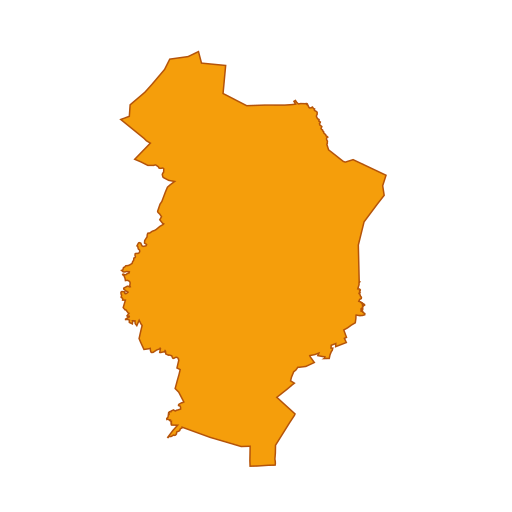 the district of Xalisco, Nayarit, Mexico, rotated 83°
{"feature_id": "50627088B39496804164051", "entity_name": "Xalisco", "entity_type": "district", "adm_level": 2, "iso_a3": "MEX", "parent_name": "Mexico", "parent_adm1": "Nayarit", "projection": "equal_earth", "projection_center": [-104.936, 21.399], "detail": "fine", "context": "isolated", "style": "filled", "palette": "amber", "viewbox_px": 512, "rotation_deg": 83, "n_neighbors": 0, "source": "geoboundaries", "source_scale": "gbopen_adm2", "svg_char_len": 6148}
<svg xmlns="http://www.w3.org/2000/svg" viewBox="0 0 512 512"><g transform="rotate(83 256 256)"><path d="M459.9,262.0L454.0,260.8L446.2,259.7L425.6,243.0L418.9,237.3L417.5,236.5L398.8,252.6L391.9,241.2L388.4,235.9L386.9,233.4L384.1,236.9L380.7,235.6L375.5,232.7L374.1,230.4L371.5,228.0L371.7,227.0L371.7,220.0L368.8,211.1L362.4,214.6L361.4,214.8L361.0,209.6L360.0,205.4L362.4,206.8L363.9,202.2L364.4,199.9L365.9,200.5L366.1,200.9L366.6,195.8L363.1,194.6L360.1,192.9L358.9,191.8L356.8,191.0L356.7,192.0L356.5,192.8L353.8,192.2L352.6,187.5L355.7,188.0L352.9,176.9L348.5,178.3L347.8,176.1L340.1,177.9L338.5,173.9L336.2,169.8L334.4,165.6L330.2,164.5L327.6,164.1L326.8,163.8L327.9,160.2L327.7,160.1L327.9,159.2L328.0,157.6L327.6,155.3L327.3,155.3L327.1,155.1L326.4,155.0L324.8,156.9L324.0,156.7L323.2,157.2L323.0,157.4L323.7,158.0L323.6,158.4L322.6,158.3L322.3,158.1L321.9,158.3L321.1,158.1L320.8,157.7L321.0,157.5L321.5,157.3L321.7,157.1L322.2,156.9L322.0,156.6L321.8,156.5L321.4,156.4L320.5,156.8L319.5,156.0L318.8,156.4L318.5,156.4L318.3,156.1L317.2,156.3L317.0,155.8L317.1,155.6L318.4,155.1L318.2,154.6L317.9,154.1L317.5,154.2L316.7,154.9L316.2,155.8L315.5,156.1L315.2,156.8L315.6,156.9L314.5,157.8L314.3,157.7L313.5,159.5L311.7,158.4L311.1,156.7L310.0,156.4L309.4,156.6L308.4,157.3L307.6,157.3L306.7,157.7L306.3,158.0L305.4,157.4L305.4,158.1L303.2,156.9L303.0,157.4L302.1,156.7L301.4,157.3L301.0,159.0L297.0,157.2L295.2,157.0L294.8,156.6L294.6,156.7L294.3,156.2L294.0,156.7L257.6,153.1L235.3,144.6L219.5,129.5L211.4,121.4L201.7,121.7L191.7,117.1L172.2,147.9L173.7,156.0L172.7,157.9L159.5,171.0L153.7,172.1L153.0,171.5L151.9,171.4L151.4,171.2L150.6,171.1L149.7,171.6L148.8,171.7L148.0,171.7L147.0,171.2L146.7,170.3L146.2,170.6L145.1,172.0L144.2,172.0L142.0,173.8L140.9,173.7L140.1,174.5L139.2,174.5L138.9,174.7L138.5,175.3L137.5,175.9L136.9,175.7L136.2,175.2L135.5,174.9L133.6,176.8L133.1,176.7L132.3,176.9L131.6,176.1L130.9,175.8L130.6,176.1L129.9,177.1L129.6,177.2L128.7,176.8L128.3,176.8L127.8,177.2L127.4,178.1L125.1,179.0L123.9,178.8L122.7,178.0L120.9,177.8L120.1,178.2L118.7,180.1L118.3,180.3L117.9,180.2L117.2,179.9L116.8,180.7L116.4,181.1L115.0,181.8L115.0,182.1L115.6,182.9L115.6,184.8L115.1,185.0L115.0,185.4L112.9,186.0L111.9,187.0L111.6,186.4L111.3,186.5L111.0,186.8L110.8,187.2L110.8,188.8L110.1,193.3L110.2,193.6L110.2,195.5L108.3,197.0L106.4,197.9L107.1,199.5L110.1,198.2L110.1,202.2L109.7,209.4L107.3,228.5L105.7,246.9L90.7,268.9L63.2,262.9L57.9,286.6L46.1,288.2L49.8,299.1L50.1,317.6L59.7,324.0L73.2,338.6L79.9,346.3L90.6,362.5L101.9,364.7L104.0,373.6L125.5,352.9L128.3,350.7L131.1,347.1L145.2,364.6L148.5,358.9L152.9,352.3L153.6,346.7L153.3,344.8L153.6,344.2L155.6,342.0L156.7,341.7L157.2,340.9L157.4,339.7L157.3,338.0L157.6,337.4L158.3,336.9L161.6,337.5L162.1,337.9L162.3,338.4L163.7,339.1L166.2,338.8L166.9,338.3L170.3,333.4L172.1,327.7L175.0,332.7L176.9,335.5L181.2,338.0L190.4,342.8L192.8,344.9L199.6,348.2L200.7,348.0L202.7,346.4L205.5,345.0L208.3,347.1L212.5,344.5L212.7,343.7L213.2,343.9L214.9,347.8L217.6,352.0L218.2,353.4L218.8,356.0L220.3,358.8L220.1,360.4L220.5,360.8L221.8,361.4L223.7,361.8L227.1,364.6L229.6,365.1L231.2,363.2L232.0,363.5L232.5,364.0L232.7,365.8L232.7,366.9L231.9,368.0L229.2,368.8L228.5,370.1L228.6,370.8L229.2,371.4L231.4,372.9L231.5,372.6L232.0,372.2L233.8,372.1L235.0,371.8L235.5,371.1L236.1,370.8L237.5,370.9L238.0,371.2L238.5,371.6L238.9,372.2L239.0,372.8L238.8,374.8L238.9,375.4L239.1,375.7L240.5,376.0L242.0,375.8L242.4,375.9L242.9,376.4L243.0,377.1L243.2,377.5L245.2,377.9L246.7,379.2L248.3,379.9L249.6,382.8L249.9,384.4L249.8,386.4L251.0,387.8L251.3,388.9L253.6,389.9L253.9,391.2L255.5,389.8L255.8,388.8L255.8,387.5L255.6,386.5L256.2,383.6L257.3,383.9L258.0,386.4L258.7,387.3L258.6,388.3L257.7,390.1L258.2,390.6L259.1,390.0L259.6,389.3L261.0,389.1L261.3,388.9L262.1,388.8L262.4,388.7L264.5,388.6L264.4,386.9L265.0,385.6L265.8,384.7L266.6,384.3L267.6,384.2L270.0,384.9L271.2,384.5L271.3,385.1L270.8,386.0L270.4,386.5L270.3,387.4L271.7,391.1L272.2,391.3L272.7,391.3L275.1,389.1L275.3,388.5L275.7,387.9L276.1,387.5L276.4,387.4L277.5,389.4L277.6,390.0L277.5,390.4L276.9,390.9L276.6,390.9L276.4,390.6L276.1,390.6L275.7,390.7L275.4,391.1L275.0,393.0L274.9,393.6L275.2,394.1L275.6,394.5L277.4,394.6L278.3,394.2L278.7,394.2L280.5,394.9L280.8,394.7L281.1,394.2L281.9,393.6L282.5,393.5L283.5,393.8L283.9,391.0L291.0,394.1L293.5,392.5L293.5,391.8L297.1,389.7L297.4,389.1L299.7,391.4L300.4,390.7L300.2,389.3L300.5,389.1L301.2,389.4L301.4,390.4L302.8,393.2L303.2,393.2L303.4,390.8L304.3,389.4L306.2,389.9L306.6,389.7L308.3,387.0L305.9,386.4L305.2,386.6L305.2,386.0L305.6,384.3L305.8,384.5L305.9,384.1L308.4,384.1L310.6,382.8L305.5,379.8L309.3,378.5L311.1,377.5L316.1,379.4L323.7,382.1L327.3,381.1L335.1,378.6L335.0,374.0L334.8,372.2L336.8,372.3L338.5,372.0L338.6,371.8L339.1,371.3L339.1,369.8L337.2,366.1L336.5,363.1L335.8,362.4L336.2,362.1L340.0,363.3L340.2,362.5L339.9,359.5L340.1,358.7L338.8,357.8L339.4,357.4L342.2,357.5L343.8,355.0L343.6,354.7L343.9,353.8L344.7,351.9L347.0,351.2L347.5,350.8L347.6,350.1L346.9,348.5L346.8,347.4L347.1,346.6L347.7,346.0L348.7,345.5L349.3,345.6L349.9,345.3L357.5,348.1L359.5,345.1L364.1,346.8L370.5,349.5L377.7,352.4L381.7,349.3L392.1,345.4L392.6,346.8L392.6,347.7L393.8,350.6L394.5,351.1L395.0,351.1L395.8,349.5L397.2,349.3L398.8,349.5L399.1,351.5L399.4,352.7L399.4,353.7L400.0,354.7L399.5,355.8L398.7,356.6L399.5,359.2L400.2,359.4L400.0,360.7L401.0,361.5L401.7,361.5L401.2,361.9L405.1,362.9L406.4,364.4L407.3,364.4L407.2,364.1L408.2,361.3L408.6,361.8L409.3,361.2L409.7,360.1L410.6,360.5L411.4,360.7L411.7,360.2L412.0,360.3L412.4,360.6L413.1,360.7L413.5,360.5L414.4,354.4L419.0,359.7L425.2,365.7L425.5,365.4L425.3,365.1L424.6,364.6L424.6,364.2L424.8,362.8L424.7,361.8L423.7,359.9L423.7,359.7L424.0,359.4L424.1,359.1L424.0,357.9L423.5,357.2L423.1,357.0L423.0,356.7L421.1,356.1L420.8,355.9L420.6,354.5L420.1,353.2L419.8,352.9L418.6,352.4L418.1,351.7L417.6,350.3L416.9,350.2L430.4,323.7L443.3,293.9L444.1,285.0L458.3,287.0L463.9,287.5L464.6,280.4L465.2,269.3L465.9,262.5L464.5,262.1L462.2,261.9L459.9,262.0Z" fill="#f59e0b" stroke="#b45309" stroke-width="1.5"/></g></svg>